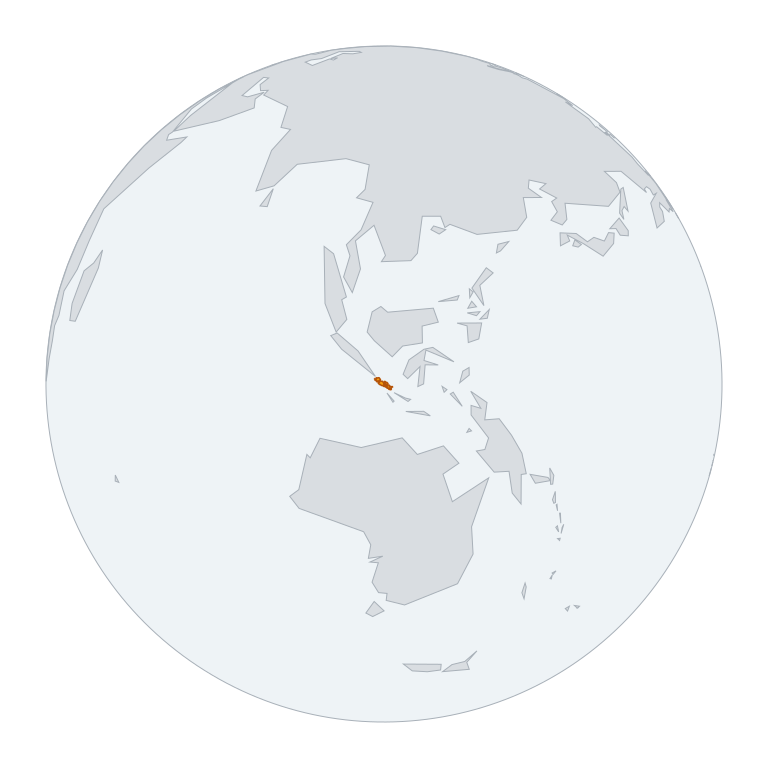 globe centered on Nusa Tenggara Barat, rotated 35°
{"feature_id": "IDN-555", "entity_name": "Nusa Tenggara Barat", "entity_type": "Province", "adm_level": 1, "iso_a3": "IDN", "parent_name": "Indonesia", "parent_adm1": "", "projection": "orthographic", "projection_center": [117.655, -8.595], "detail": "medium", "context": "on_globe", "style": "filled", "palette": "amber", "viewbox_px": 768, "rotation_deg": 35, "n_neighbors": 0, "source": "natural_earth", "source_scale": "10m", "svg_char_len": 8684}
<svg xmlns="http://www.w3.org/2000/svg" viewBox="0 0 768 768"><g transform="rotate(35 384 384)"><circle cx="384" cy="384" r="338" fill="#eef3f6" stroke="#a8b0b8"/><path d="M671.6,453.9L671.2,456.5L670.9,456.7L671.6,453.9ZM575.9,105.9L576.1,106.0L575.7,105.7L575.9,105.9ZM702.8,271.9L703.1,272.9L700.4,265.4L701.0,267.1L702.8,271.9ZM698.6,260.7L699.6,263.2L698.7,261.1L698.6,260.7ZM697.9,259.0L698.4,260.2L698.1,259.6L697.9,259.0ZM697.2,257.8L697.4,258.2L697.5,258.4L697.2,257.8ZM695.2,253.7L694.5,252.4L694.5,252.0L695.2,253.7ZM530.5,79.5L524.8,76.8L527.6,78.1L530.5,79.5ZM515.7,72.8L515.8,72.9L520.7,75.0L506.6,69.4L510.6,71.3L491.4,63.7L509.8,70.4L512.1,71.3L515.7,72.8ZM482.9,60.9L483.1,60.9L478.8,59.7L479.8,60.0L482.9,60.9ZM95.4,208.2L95.9,207.5L115.9,178.6L114.8,179.7L135.0,155.5L138.5,153.4L142.6,148.8L149.0,141.2L159.3,131.8L155.5,135.0L175.1,118.4L195.8,103.3L217.7,89.8L240.5,78.1L264.1,68.0L274.5,64.4L278.3,63.6L282.7,62.2L286.3,60.9L288.6,61.7L291.8,60.7L292.2,59.9L298.7,57.7L311.1,54.5L311.2,54.9L306.8,56.1L297.6,59.9L285.8,64.0L287.1,64.0L297.4,60.7L308.6,55.8L316.0,53.9L312.0,55.5L314.0,54.7L317.7,54.0L321.6,53.9L326.6,52.1L367.4,47.1L378.9,47.7L370.8,48.9L399.5,49.4L410.2,52.3L410.6,51.3L424.6,52.3L421.4,51.3L422.6,51.0L457.2,55.9L465.4,58.3L480.7,61.4L480.9,61.2L475.6,59.4L491.4,63.7L510.6,71.3L509.2,71.2L522.1,77.0L517.1,76.5L518.8,79.6L505.8,77.4L508.4,80.9L513.2,82.9L520.3,90.0L518.2,99.6L498.7,82.8L497.6,71.6L496.2,74.7L490.2,71.8L485.8,71.8L485.4,74.9L489.2,76.6L456.2,73.8L442.6,83.4L458.9,85.7L467.3,91.5L466.0,109.7L428.6,132.1L439.4,144.3L438.8,151.5L426.8,154.1L427.2,143.5L416.7,138.4L418.8,132.6L399.6,135.0L401.7,127.0L385.8,133.7L389.9,140.8L406.0,140.9L391.2,151.4L405.3,165.6L404.9,181.6L374.4,208.1L346.4,215.4L344.2,220.9L334.2,214.1L319.1,224.6L336.4,257.8L335.3,267.5L311.7,285.3L311.5,277.9L284.8,259.7L278.5,283.1L298.7,303.2L305.6,327.3L289.5,319.5L282.6,298.5L273.3,291.5L276.8,270.9L270.8,241.5L254.7,247.2L256.9,235.5L246.2,212.9L223.6,221.2L186.9,253.8L180.3,284.7L168.4,299.4L157.9,257.1L161.4,229.1L152.4,232.9L145.9,212.0L119.7,216.3L120.6,209.9L114.6,214.5L110.8,209.8L114.0,199.5L109.5,201.9L102.3,229.1L107.6,227.0L118.5,213.7L115.0,224.4L119.3,232.3L98.0,262.7L66.8,297.5L71.5,275.1L88.0,221.4L91.9,214.6L92.3,213.9L92.9,212.7L86.5,224.1L91.3,215.1L95.4,208.2ZM91.3,215.2L74.7,251.3L68.5,269.2L66.2,299.0L64.5,303.2L66.1,309.0L80.8,294.7L79.2,302.6L67.5,342.1L54.0,401.2L60.3,435.4L67.0,466.2L68.5,491.2L78.4,514.3L80.7,525.1L87.5,538.7L95.0,555.0L103.8,571.9L105.7,575.6L92.9,555.6L81.5,534.7L71.7,513.0L63.4,490.8L56.7,468.0L51.6,444.7L48.1,421.2L46.3,397.5L46.2,373.7L47.8,350.0L51.0,326.4L55.9,303.2L62.4,280.3L70.5,258.0L80.1,236.2L91.3,215.2ZM134.9,165.5L142.6,164.2L152.9,149.0L156.8,147.6L158.9,143.4L153.6,148.0L160.8,136.8L169.1,131.4L175.2,125.4L172.9,125.7L156.6,137.6L146.2,153.2L138.5,160.3L134.9,165.5ZM110.7,185.3L111.5,184.2L109.1,187.4L110.7,185.3ZM216.1,612.7L223.2,616.7L219.5,617.7L216.1,612.7ZM83.5,452.9L95.1,509.7L90.2,512.2L82.3,496.9L73.4,463.3L76.8,451.4L76.6,435.6L83.5,452.9ZM391.6,389.7L402.1,392.2L401.8,393.8L391.6,389.7ZM380.7,383.2L392.6,384.7L378.7,386.6L380.7,383.2ZM397.2,385.3L409.4,383.3L414.6,381.3L413.7,384.5L397.2,385.3ZM372.6,382.7L329.4,379.8L312.6,374.9L316.4,369.1L343.7,371.8L372.6,382.7ZM315.0,368.9L289.5,351.9L256.0,305.6L268.0,306.2L303.3,334.3L301.0,339.2L316.5,352.4L315.0,368.9ZM377.5,342.2L375.1,357.0L351.2,354.1L340.4,351.1L332.9,331.7L337.0,322.3L345.8,323.1L380.9,293.6L393.0,302.2L382.0,314.7L391.9,328.3L377.5,342.2ZM181.3,287.5L186.6,305.7L180.3,309.3L181.3,287.5ZM395.8,273.2L381.2,285.4L394.7,268.6L395.8,273.2ZM404.2,257.4L404.8,264.1L399.3,257.1L404.2,257.4ZM343.2,229.5L333.9,230.6L334.0,226.1L346.0,222.2L343.2,229.5ZM404.5,195.7L403.1,208.1L400.9,212.2L397.2,204.2L404.5,195.7ZM292.7,58.6L287.3,60.3L287.9,60.0L292.7,58.6ZM319.1,52.4L322.9,51.7L313.7,53.5L319.1,52.4ZM361.9,47.2L367.2,46.6L369.9,46.7L369.1,46.8L361.9,47.2ZM365.3,46.6L366.0,46.6L361.6,47.0L358.7,47.0L359.5,47.0L365.3,46.6ZM591.6,580.8L594.4,585.8L584.6,594.8L571.7,602.8L560.5,602.3L591.6,580.8ZM500.5,582.0L500.7,567.8L514.2,569.8L508.1,581.0L500.5,582.0ZM600.6,574.9L609.3,565.0L613.2,549.3L611.4,564.5L617.5,568.8L597.0,586.0L600.6,574.9ZM452.1,516.7L385.8,534.6L371.2,530.1L374.8,519.4L361.2,485.9L365.9,486.8L362.7,465.2L401.8,449.1L429.8,417.7L451.7,422.6L468.2,400.6L490.8,405.9L484.0,424.0L507.5,441.2L523.6,400.8L537.6,450.7L554.5,472.2L558.8,505.4L527.6,553.2L509.9,560.0L506.6,553.8L499.2,558.0L487.9,553.2L481.9,533.7L474.6,537.9L481.8,525.7L471.2,535.8L465.4,523.3L452.1,516.7ZM613.7,466.1L616.9,468.7L621.9,479.6L616.7,475.9L613.7,466.1ZM663.3,459.7L664.6,464.7L661.3,464.0L663.3,459.7ZM670.9,456.7L667.0,456.2L671.6,453.9L670.9,456.7ZM631.4,444.0L632.9,447.7L631.6,448.2L631.4,444.0ZM630.1,442.4L632.1,438.4L631.7,443.1L630.1,442.4ZM614.8,411.1L616.8,409.3L617.6,411.5L614.8,411.1ZM417.6,394.0L432.2,383.6L440.2,383.5L417.6,394.0ZM611.9,405.0L606.9,402.9L607.4,400.7L611.9,405.0ZM612.2,399.4L611.7,395.8L614.8,404.9L612.2,399.4ZM602.6,388.6L608.7,396.6L601.9,389.1L602.6,388.6ZM598.9,388.3L594.4,384.3L594.7,383.3L598.9,388.3ZM548.3,379.4L565.1,403.7L551.6,399.8L536.5,383.8L524.8,393.0L498.1,385.9L504.2,379.8L500.6,368.2L473.1,359.4L467.6,351.6L477.3,348.4L459.2,340.2L479.0,340.1L487.1,355.6L498.3,346.4L517.8,352.8L536.7,361.6L552.0,375.9L548.3,379.4ZM479.2,371.6L482.6,372.2L479.6,376.1L479.2,371.6ZM585.9,373.7L592.4,382.7L591.6,384.3L588.4,382.2L585.9,373.7ZM555.5,374.2L571.9,366.5L575.7,367.7L564.9,378.5L555.5,374.2ZM567.9,357.7L575.5,361.4L579.6,369.2L578.0,370.6L567.9,357.7ZM438.8,352.5L438.0,356.3L432.9,352.6L438.8,352.5ZM445.4,351.0L460.9,357.4L444.0,354.2L445.4,351.0ZM398.9,332.2L403.3,341.8L417.5,337.3L406.7,344.7L416.4,361.2L413.2,366.7L403.5,349.0L400.3,366.0L394.1,365.1L390.6,349.9L396.8,332.6L403.0,326.0L428.6,325.7L398.9,332.2ZM445.3,339.6L441.2,328.3L444.2,321.7L448.7,327.8L445.3,339.6ZM429.3,301.7L418.7,288.7L408.9,292.2L429.0,278.0L435.8,292.7L429.3,301.7ZM420.6,275.0L411.4,278.0L421.1,269.7L420.6,275.0ZM409.2,273.9L408.4,265.9L415.5,267.7L409.2,273.9ZM425.4,275.9L427.5,262.6L430.9,270.9L425.4,275.9ZM405.9,248.2L420.9,262.5L401.0,255.0L401.1,230.1L409.7,230.4L405.9,248.2ZM459.3,162.5L457.7,156.5L465.7,156.5L464.5,160.5L459.3,162.5ZM490.2,153.6L467.3,154.6L448.7,156.9L454.1,160.3L449.3,169.6L441.5,159.2L455.1,150.5L469.1,150.8L471.8,143.5L482.5,140.5L481.1,131.2L486.0,128.4L491.5,137.2L490.2,153.6ZM479.9,127.3L481.4,113.2L496.1,118.3L499.1,122.5L492.2,126.6L484.9,123.6L479.9,127.3ZM486.1,111.6L479.0,108.9L466.2,88.5L467.2,85.8L484.7,102.4L478.9,100.9L479.5,105.5L486.1,111.6ZM479.8,60.0L478.9,59.7L482.3,60.7L479.8,60.0ZM420.6,50.5L422.8,50.3L426.7,51.0L420.6,50.5ZM431.2,50.4L425.2,49.6L431.5,50.2L431.2,50.4ZM411.9,48.3L422.8,49.3L412.4,48.7L411.9,48.3Z" fill="#d9dde1" stroke="#a8b0b8" stroke-width="1"/><path d="M393.0,384.1L392.9,384.3L392.9,384.8L392.7,384.9L391.7,384.9L391.3,384.6L391.0,384.8L390.5,384.7L390.1,384.9L390.3,385.1L391.4,385.2L391.5,385.4L391.3,385.5L390.8,385.5L390.2,385.2L388.7,385.6L388.4,385.5L388.3,385.2L388.6,384.6L388.4,383.9L388.3,384.5L388.0,384.6L387.7,385.0L386.9,385.6L386.2,385.5L385.4,386.0L385.1,385.8L384.8,386.0L384.4,385.9L383.4,386.4L382.5,386.7L381.3,386.5L380.9,386.9L380.2,387.0L379.9,386.7L378.8,386.5L378.6,386.2L378.6,385.6L379.2,385.2L378.8,384.8L378.9,384.5L378.7,384.4L379.0,383.9L379.2,383.5L379.5,383.6L380.1,383.4L380.9,382.9L381.3,382.6L382.7,383.3L382.8,382.9L383.4,382.9L383.6,383.5L383.7,383.1L383.8,383.1L383.9,383.7L384.3,383.9L384.5,383.8L384.8,384.3L384.6,384.3L384.9,384.7L385.4,384.6L385.5,384.8L385.8,384.9L386.4,384.4L387.7,384.3L387.7,384.0L387.4,383.7L387.2,383.9L386.8,383.4L386.3,383.1L385.8,383.2L384.3,381.9L384.5,381.4L385.5,381.0L386.9,381.3L387.1,381.9L387.5,382.5L387.8,382.7L388.7,382.0L389.8,382.2L390.1,382.7L389.9,383.7L390.3,383.2L390.2,382.7L390.4,382.4L391.0,382.2L391.7,382.3L392.1,383.3L392.0,383.7L392.1,384.3L392.6,384.2L392.8,383.8L393.0,384.1ZM376.6,381.7L378.5,382.4L378.7,382.8L378.3,383.3L378.3,383.8L377.3,385.2L377.3,385.6L377.5,385.4L377.8,385.6L377.7,385.8L377.0,385.9L377.1,385.5L376.8,385.4L376.7,385.5L376.7,386.1L376.6,385.9L376.4,386.0L376.3,385.8L375.6,385.9L375.3,385.7L374.8,385.8L374.8,385.6L374.5,385.9L374.2,385.5L373.4,385.3L373.5,384.8L373.7,385.0L374.6,384.8L374.7,385.0L374.9,384.9L374.7,384.7L374.8,383.9L374.5,383.1L375.0,382.9L376.0,381.9L376.6,381.7ZM384.1,381.4L384.2,381.6L383.9,381.8L383.5,382.6L383.3,382.8L383.1,382.6L383.2,382.2L383.0,381.6L383.5,381.3L384.1,381.4ZM392.4,381.3L392.7,381.6L392.4,382.0L392.2,382.0L392.0,381.6L392.4,381.3Z" fill="#f59e0b" stroke="#b45309" stroke-width="1.5"/></g></svg>